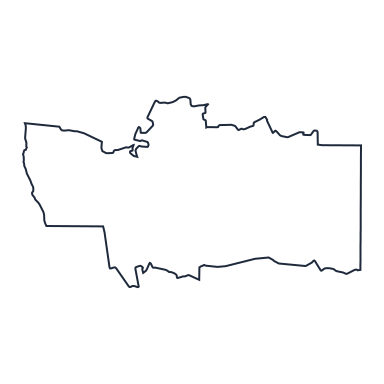 map outline of Hardap (Robinson projection)
{"feature_id": "NAM-3339", "entity_name": "Hardap", "entity_type": "Region", "adm_level": 1, "iso_a3": "NAM", "parent_name": "Namibia", "parent_adm1": "", "projection": "robinson", "projection_center": [17.113, -24.521], "detail": "fine", "context": "isolated", "style": "outline", "palette": "slate", "viewbox_px": 384, "rotation_deg": 0, "n_neighbors": 0, "source": "natural_earth", "source_scale": "10m", "svg_char_len": 4721}
<svg xmlns="http://www.w3.org/2000/svg" viewBox="0 0 384 384"><path d="M360.7,208.4L360.7,209.3L360.7,213.3L360.7,217.3L360.7,221.2L360.7,225.2L360.7,229.2L360.6,233.2L360.6,237.2L360.6,241.1L360.5,245.1L360.5,249.1L360.5,253.1L360.5,257.1L360.5,261.0L360.4,265.0L360.4,269.0L360.4,269.9L357.6,270.3L356.7,269.6L355.5,269.7L354.6,269.9L347.8,273.4L346.5,273.9L345.7,273.7L343.1,272.5L337.3,271.3L336.3,271.0L335.4,270.5L334.0,269.3L332.5,268.8L329.1,268.2L326.2,268.2L324.6,268.5L324.1,268.8L322.2,270.3L321.5,270.7L321.0,270.6L320.4,269.9L315.1,261.3L314.7,260.9L314.2,260.5L313.6,260.8L313.1,261.2L311.8,262.6L306.3,265.7L305.3,266.0L278.8,263.5L274.1,261.0L272.8,259.8L268.6,257.5L255.0,258.8L225.5,266.2L217.6,266.9L205.9,265.7L205.0,265.4L204.4,265.0L204.0,265.0L203.6,265.2L202.5,265.8L200.7,266.5L199.4,267.4L199.2,279.8L189.1,275.2L188.2,275.1L184.9,276.4L183.1,276.4L178.5,277.8L177.4,278.0L177.0,277.5L176.8,276.8L176.8,275.9L176.5,275.0L175.9,274.4L174.2,273.2L171.5,272.2L168.9,271.9L167.4,270.7L166.3,270.2L165.9,269.9L155.2,267.6L154.1,267.7L153.3,267.7L152.8,267.4L152.3,266.7L150.9,263.7L150.3,263.1L149.8,262.9L149.1,264.1L146.8,269.4L145.8,270.9L143.2,272.9L142.3,269.5L142.3,268.8L142.6,268.4L142.9,267.9L142.8,267.5L142.4,267.1L141.8,266.6L141.1,266.1L140.4,265.8L139.7,265.9L136.6,266.9L136.0,267.2L135.5,267.6L135.4,268.2L135.4,268.9L138.7,286.6L138.3,287.0L137.4,287.1L134.6,286.1L133.1,286.0L131.9,286.2L131.1,286.7L130.3,287.0L129.5,287.0L128.7,286.3L116.4,268.6L115.8,267.9L115.1,267.4L114.3,267.4L113.5,267.6L111.3,268.3L110.6,268.5L110.0,268.4L109.7,267.8L109.5,267.2L104.5,232.1L103.1,226.4L46.6,226.0L46.4,226.0L45.1,223.2L44.3,220.4L44.1,214.8L43.4,212.0L39.8,204.9L38.4,202.8L35.3,199.6L34.5,197.5L32.4,194.9L32.0,193.1L32.2,192.4L33.1,191.3L33.3,190.9L33.3,188.0L33.0,186.7L31.6,184.0L30.3,180.4L26.9,173.6L25.6,168.7L24.4,166.3L24.0,163.1L23.5,162.0L23.8,160.6L23.8,158.2L23.5,155.8L23.0,154.2L23.5,153.2L23.9,151.3L24.3,150.3L24.7,150.1L25.2,150.0L25.8,149.8L26.0,149.1L26.8,147.4L26.3,146.5L26.4,142.5L25.3,139.1L25.1,137.9L25.9,127.7L25.6,125.1L24.9,123.2L59.3,126.7L60.8,129.2L61.3,129.8L61.5,130.0L61.8,130.2L62.3,130.4L63.0,130.5L64.3,130.6L68.8,130.2L75.0,131.3L76.3,131.2L77.1,131.3L84.1,133.3L101.9,141.8L101.4,147.4L101.7,149.1L102.4,151.1L106.1,153.1L107.8,153.2L112.4,153.0L113.0,152.8L113.3,152.4L113.6,151.8L113.8,151.1L114.3,150.5L115.1,150.1L117.9,150.0L125.8,147.4L126.2,147.3L128.1,147.6L128.8,147.5L129.5,147.2L133.2,145.1L133.6,145.0L133.5,145.5L132.9,146.8L132.6,147.6L132.5,148.6L132.7,150.0L132.5,150.5L132.0,150.8L130.8,151.0L130.5,151.1L130.1,151.4L130.0,152.2L130.4,153.2L133.8,156.0L137.2,156.8L136.6,155.0L135.5,150.7L136.1,148.9L138.5,146.4L139.0,146.0L139.5,145.9L141.5,146.5L146.9,146.9L147.5,146.9L147.8,146.7L148.1,146.2L148.4,145.4L148.5,144.8L148.5,144.4L148.0,142.9L147.8,142.3L147.4,142.0L146.8,141.8L142.2,140.4L141.5,140.4L140.5,141.0L140.0,141.0L134.7,139.7L134.2,139.4L134.2,138.9L134.3,138.3L135.3,134.2L138.2,127.8L138.5,127.3L138.9,127.0L139.7,127.6L140.3,128.2L140.4,128.6L140.7,132.2L140.8,132.7L141.3,132.9L145.4,132.9L146.0,132.7L146.6,132.3L152.9,125.6L153.1,125.1L153.1,124.3L152.7,122.2L152.4,121.5L152.1,121.1L147.9,118.7L147.6,118.5L147.4,118.1L147.4,117.6L147.6,117.0L154.7,102.1L155.6,100.8L156.3,100.7L157.8,101.4L158.9,102.5L160.2,102.9L161.4,102.9L162.7,102.7L165.0,102.6L167.7,103.3L172.7,102.1L175.7,100.6L179.4,97.7L183.5,96.9L186.0,96.9L188.7,97.9L189.7,98.4L190.3,99.4L190.5,101.3L190.7,104.3L191.6,105.9L193.8,106.4L199.3,105.4L203.4,105.2L206.9,104.3L207.9,104.2L208.0,104.3L205.8,106.7L205.4,107.3L205.3,107.8L205.3,108.5L205.5,112.1L205.5,112.7L205.1,113.0L202.9,113.7L202.7,114.2L202.7,114.8L203.4,119.1L203.7,119.4L204.0,119.6L205.0,120.0L205.5,120.2L205.7,120.5L205.8,121.1L206.3,127.4L206.7,127.1L216.9,127.2L217.6,127.2L218.1,127.0L218.3,126.3L218.8,125.7L219.7,125.1L231.3,124.8L234.4,125.7L235.0,126.0L235.5,126.4L237.7,129.4L238.2,129.9L238.8,130.0L241.2,128.8L241.8,128.7L242.3,129.0L243.3,129.3L244.2,129.2L245.4,128.9L250.1,126.7L252.7,126.0L253.4,125.6L253.6,124.8L253.7,123.3L253.9,122.7L254.4,122.2L259.7,119.6L263.9,117.0L265.3,116.9L267.1,119.8L267.0,120.7L272.6,132.6L272.9,132.9L273.3,132.6L274.4,131.5L274.9,131.0L275.5,130.7L276.2,131.2L276.9,131.8L279.9,135.2L280.9,135.8L282.1,136.2L287.1,137.2L287.9,137.2L299.3,132.3L299.8,132.2L303.2,132.4L303.6,132.6L303.6,133.0L303.3,133.6L303.2,134.2L303.4,134.7L304.6,134.9L310.3,135.1L310.6,135.0L310.9,134.7L313.7,130.9L314.4,130.5L315.3,130.5L316.8,130.8L317.3,131.3L317.6,132.0L317.8,144.6L322.1,145.2L360.9,145.4L361.0,145.4L361.0,147.4L360.9,159.6L360.9,171.8L360.8,184.0L360.8,196.2L360.7,208.4Z" fill="none" stroke="#1e293b" stroke-width="2"/></svg>